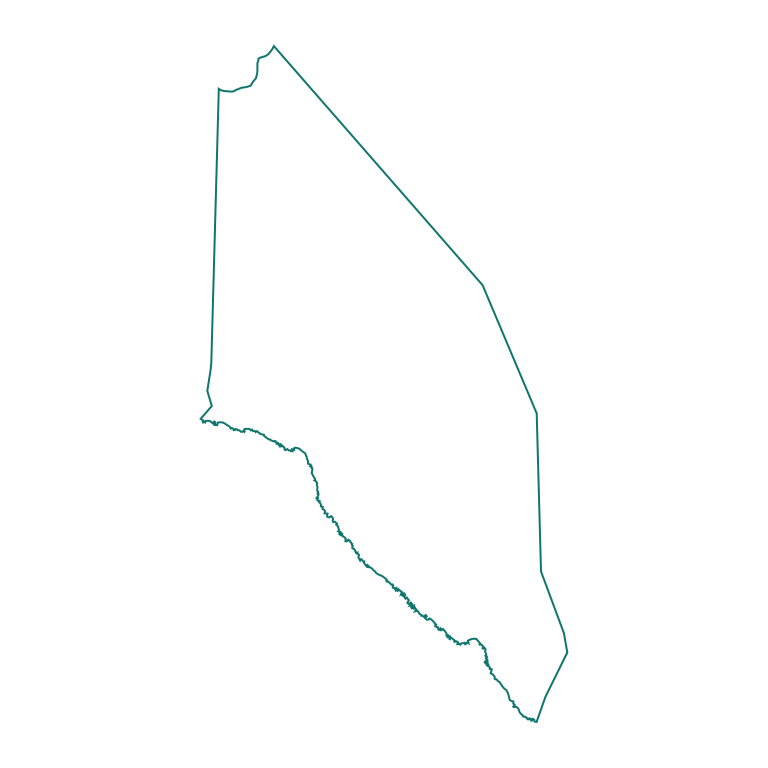 the district of Mbadjini Ouest, Andjazîdja, Comoros
{"feature_id": "10938185B5285365051467", "entity_name": "Mbadjini Ouest", "entity_type": "district", "adm_level": 2, "iso_a3": "COM", "parent_name": "Comoros", "parent_adm1": "Andjazîdja", "projection": "mercator", "projection_center": [43.399, -11.847], "detail": "fine", "context": "isolated", "style": "outline", "palette": "teal", "viewbox_px": 768, "rotation_deg": 0, "n_neighbors": 0, "source": "geoboundaries", "source_scale": "gbopen_adm2", "svg_char_len": 6094}
<svg xmlns="http://www.w3.org/2000/svg" viewBox="0 0 768 768"><path d="M200.7,418.8L203.4,420.6L202.7,421.9L203.0,422.5L204.2,421.9L205.1,422.5L205.8,420.9L209.7,420.9L211.7,422.4L213.0,423.6L213.9,421.6L214.6,421.6L215.3,422.4L214.7,425.1L216.2,424.9L217.2,425.1L217.7,422.9L218.2,422.4L221.8,422.3L223.9,423.0L229.7,426.7L230.8,428.6L231.8,428.0L232.7,428.5L233.5,428.9L233.7,430.1L234.5,430.2L235.5,429.1L236.9,429.3L237.5,430.2L239.0,430.2L240.0,430.8L240.8,431.7L242.3,431.8L243.1,431.1L243.7,431.4L244.3,432.0L244.7,431.4L244.2,430.6L244.2,429.6L244.5,429.0L245.5,428.9L249.3,428.9L250.9,430.4L252.0,429.6L253.0,431.1L255.0,431.1L255.7,432.0L256.1,431.2L257.5,431.3L258.4,432.6L259.8,433.2L260.4,434.0L263.9,434.8L263.9,435.7L268.7,439.4L270.3,439.5L271.2,440.5L272.9,441.0L274.0,441.5L275.0,441.0L275.6,441.2L275.8,442.4L277.9,442.8L277.9,443.3L277.2,444.0L278.5,444.5L279.3,445.3L280.1,444.0L281.0,444.6L280.0,446.4L281.6,446.4L282.5,445.8L284.5,447.8L284.5,449.4L285.3,450.1L285.7,449.6L286.6,449.6L287.3,449.1L288.9,450.5L290.8,450.4L291.1,451.2L292.4,451.3L292.1,449.3L294.0,450.0L294.2,449.6L294.0,448.4L294.7,447.7L297.3,448.0L299.4,448.8L301.1,450.3L305.2,453.4L306.4,456.3L306.9,458.0L307.1,459.1L308.0,461.1L308.0,463.6L309.8,464.5L310.6,464.5L310.9,465.2L310.2,466.2L311.6,466.4L311.7,467.0L311.4,467.9L312.3,468.5L312.3,469.3L312.3,470.2L311.9,471.1L312.1,472.0L311.7,472.9L313.3,476.2L315.1,479.1L315.1,479.7L314.4,480.4L315.7,481.0L317.0,482.9L316.9,485.2L317.5,487.0L317.2,489.4L317.2,490.4L317.4,490.9L318.2,491.8L318.2,492.4L317.5,493.2L317.6,493.8L318.5,494.1L318.5,494.7L317.8,496.3L316.4,498.2L316.5,498.4L317.9,498.4L317.8,499.2L317.4,500.0L317.5,500.5L318.4,500.9L319.7,501.1L319.7,501.8L319.3,502.3L319.3,502.5L320.3,503.4L320.9,504.3L320.9,506.3L322.8,506.9L322.5,508.1L322.5,509.0L323.1,509.4L323.9,509.6L324.9,510.7L325.0,511.1L324.6,513.3L325.6,513.3L326.6,513.6L327.5,513.6L327.5,514.3L327.1,515.3L327.1,516.1L327.2,516.6L327.9,517.1L328.9,517.2L329.4,517.4L329.9,517.1L331.1,516.1L332.0,516.8L332.9,518.3L333.1,519.2L332.6,520.1L333.3,522.2L334.9,521.7L337.0,523.6L336.2,524.7L337.6,525.9L338.2,527.0L338.5,528.5L338.8,529.3L338.9,530.9L338.2,531.3L338.5,531.5L340.3,531.8L340.3,532.5L339.3,533.5L339.3,534.1L340.1,534.7L341.0,532.9L341.4,533.0L342.3,534.0L341.8,535.6L342.7,535.9L343.7,536.8L344.6,537.3L345.8,538.8L345.5,539.7L345.5,541.3L346.9,541.3L348.4,539.6L348.7,539.9L348.7,540.5L349.8,540.8L350.5,542.1L351.0,542.4L351.7,543.8L352.2,544.0L352.2,544.4L351.9,545.0L352.7,545.7L352.6,546.7L352.2,547.5L352.4,548.3L354.0,549.0L354.8,550.1L354.9,550.6L355.7,551.5L355.8,552.8L356.7,553.4L357.5,552.8L357.5,553.6L359.0,554.9L359.0,555.4L358.3,557.1L360.1,560.5L360.8,559.2L361.6,559.3L363.4,561.7L364.2,561.5L364.2,563.3L366.3,566.0L367.2,564.9L368.6,566.1L368.0,567.1L370.1,567.3L372.1,568.6L373.3,570.0L375.0,571.4L376.1,572.9L376.6,573.3L377.4,573.9L378.7,574.6L381.8,575.9L383.0,576.6L385.0,578.2L387.1,580.1L386.4,581.0L386.5,581.4L387.5,581.7L388.5,581.9L390.2,583.5L391.2,584.6L392.5,584.4L393.2,585.7L392.6,586.8L392.8,587.5L393.6,587.5L394.7,588.8L396.3,587.8L396.6,588.1L396.0,590.6L396.9,590.4L397.7,590.9L398.5,589.2L400.5,591.1L401.3,591.4L401.8,592.0L401.2,593.8L402.4,592.8L402.9,593.0L402.9,594.2L401.6,594.3L401.7,595.1L402.7,595.3L403.2,596.1L404.2,596.0L404.8,594.3L405.2,595.2L404.4,596.7L404.5,597.4L405.6,598.7L406.9,597.6L407.4,598.4L408.9,600.2L407.5,602.4L407.5,603.2L408.6,603.5L409.2,604.2L410.5,602.6L411.1,602.7L411.2,603.8L409.9,605.6L410.3,605.5L412.3,604.4L412.5,605.4L411.2,607.5L411.7,608.1L414.1,605.8L414.4,607.5L413.7,608.6L414.1,608.8L415.1,608.0L416.3,609.7L415.2,611.3L417.3,610.7L419.1,612.8L419.1,613.4L419.8,614.2L420.8,614.5L421.6,615.2L421.5,615.8L422.7,615.8L423.8,616.7L425.7,615.0L426.8,616.3L425.1,618.1L426.7,619.7L427.9,619.8L429.5,618.4L431.1,619.4L433.2,621.3L434.4,622.6L435.2,623.9L435.2,624.5L436.3,624.6L436.3,624.9L435.4,626.3L437.4,627.3L438.1,627.3L438.1,629.0L439.0,629.9L440.5,628.3L441.3,628.9L440.4,629.8L441.0,630.3L442.7,629.2L443.4,629.2L443.5,629.9L444.8,631.0L446.5,633.3L446.4,635.4L446.9,635.7L447.9,635.2L448.1,635.9L447.3,636.9L447.7,637.3L449.7,636.1L450.0,636.9L449.4,638.9L449.9,639.2L450.7,637.3L454.7,640.6L454.3,641.7L454.6,641.9L455.7,641.0L458.1,642.3L457.4,644.1L458.5,644.2L459.2,643.9L460.4,644.7L461.1,643.5L464.7,642.8L465.0,643.1L465.2,644.3L465.7,644.2L467.1,642.4L468.5,643.3L468.0,640.6L469.8,639.7L471.9,639.0L474.0,638.7L476.3,638.9L478.3,641.3L480.0,643.3L479.5,644.4L479.9,644.7L480.8,644.1L483.6,646.9L482.6,648.1L483.2,648.7L484.2,647.9L485.3,648.6L485.5,650.4L485.0,651.2L486.3,654.8L485.4,655.8L485.6,656.1L486.5,656.3L487.1,657.3L485.9,658.2L487.0,659.4L485.7,660.9L487.5,660.8L487.5,661.6L485.1,662.7L486.2,663.6L487.4,662.8L487.9,663.7L486.6,664.9L487.1,665.4L488.3,665.1L488.2,666.2L488.9,666.4L489.8,667.4L489.8,669.1L491.7,669.1L491.7,670.0L490.9,672.4L490.7,673.4L492.6,674.2L494.4,676.3L494.7,677.0L494.7,678.9L495.4,679.3L496.5,679.3L498.1,681.3L498.6,681.5L499.6,682.1L502.4,686.4L502.9,687.0L504.2,688.5L505.0,689.1L506.6,690.4L507.3,692.0L507.9,693.0L508.6,695.4L509.7,699.8L510.0,700.2L511.7,701.1L513.4,701.4L513.3,703.5L513.5,703.9L514.1,704.1L514.7,704.7L514.6,705.2L513.3,706.5L513.7,707.0L516.4,706.8L517.6,708.0L518.4,708.7L519.6,712.2L520.9,713.8L522.8,715.3L523.3,716.6L525.0,716.7L526.0,717.6L526.5,717.5L527.3,718.4L527.4,719.1L527.9,719.4L528.7,719.4L529.4,718.3L529.9,718.3L530.9,719.8L531.1,720.5L531.8,720.7L532.3,718.9L533.1,718.9L534.3,719.9L534.3,721.1L534.7,721.6L536.6,721.9L545.4,696.9L567.3,652.5L563.9,633.1L541.0,571.4L536.7,413.4L482.6,285.2L273.9,46.1L272.3,49.1L270.4,51.7L268.4,54.1L265.7,56.0L260.5,57.6L258.8,58.4L258.4,59.0L258.4,60.2L258.0,61.5L257.7,62.2L257.4,63.2L257.4,70.8L257.2,73.0L256.2,77.5L255.6,78.8L254.6,79.8L253.2,81.5L251.6,84.0L251.0,85.4L250.6,85.7L246.6,87.0L243.3,87.5L241.1,87.9L239.2,88.7L236.0,89.9L234.1,91.1L232.3,91.6L230.8,91.6L227.9,91.3L224.3,91.1L220.9,90.2L218.8,88.8L211.3,362.8L210.6,369.9L207.3,390.9L211.8,406.0L200.7,418.8Z" fill="none" stroke="#0f766e" stroke-width="2"/></svg>